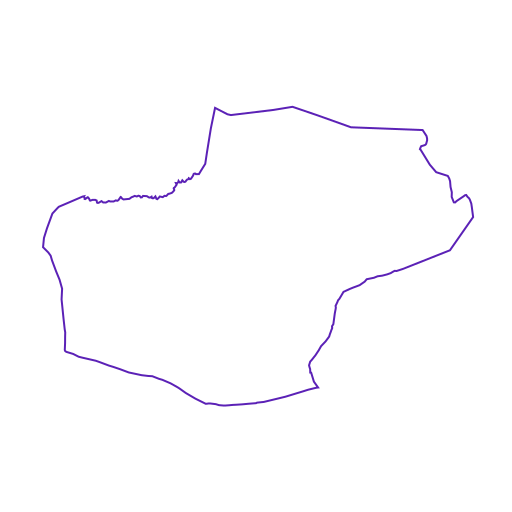 San Pablo Tijaltepec, Oaxaca, Mexico (Mercator projection), rotated 275°
{"feature_id": "50627088B89974538637092", "entity_name": "San Pablo Tijaltepec", "entity_type": "district", "adm_level": 2, "iso_a3": "MEX", "parent_name": "Mexico", "parent_adm1": "Oaxaca", "projection": "mercator", "projection_center": [-97.471, 17.005], "detail": "fine", "context": "isolated", "style": "outline", "palette": "violet", "viewbox_px": 512, "rotation_deg": 275, "n_neighbors": 0, "source": "geoboundaries", "source_scale": "gbopen_adm2", "svg_char_len": 3488}
<svg xmlns="http://www.w3.org/2000/svg" viewBox="0 0 512 512"><g transform="rotate(275 256 256)"><path d="M104.4,218.8L104.6,220.1L105.0,221.7L105.1,223.3L104.9,228.9L104.7,229.8L104.2,232.1L104.2,236.7L104.3,238.1L105.0,242.4L105.6,245.6L106.1,249.2L107.0,255.1L108.2,261.7L109.4,268.9L110.0,269.8L111.3,276.5L115.7,289.6L118.4,297.6L123.0,309.0L125.2,314.5L127.0,318.8L127.5,320.1L128.9,324.2L130.1,327.8L130.4,329.3L135.9,324.6L137.7,323.9L144.6,321.1L144.6,320.2L148.0,319.8L150.2,318.9L151.7,318.4L152.3,318.5L153.2,318.7L155.5,319.2L157.2,320.5L158.7,321.5L160.7,322.8L162.0,323.7L167.5,326.7L171.9,328.7L176.9,332.7L182.1,335.9L184.5,336.4L187.0,337.1L189.4,337.7L190.3,338.1L191.1,338.2L191.9,337.9L192.8,337.9L194.6,338.9L195.0,339.0L205.7,339.5L209.6,339.9L210.8,340.0L211.8,340.0L213.2,339.6L217.2,341.1L219.0,341.6L220.6,342.8L227.9,346.3L231.3,352.2L233.0,355.5L234.5,358.7L236.0,361.8L238.1,364.3L239.9,366.5L242.5,368.3L244.6,375.4L246.4,378.9L247.4,383.4L249.1,388.2L250.7,391.7L252.1,393.6L253.3,395.4L253.3,397.3L255.8,403.2L278.6,448.7L313.7,468.9L323.7,466.7L327.0,465.9L330.8,464.1L332.1,463.2L333.3,461.6L335.1,460.1L334.8,459.0L333.4,457.4L328.2,451.0L326.7,449.7L326.7,448.4L329.9,446.8L331.9,445.8L336.6,445.5L337.5,445.2L341.7,443.8L347.5,442.8L350.1,441.7L352.5,440.1L355.2,428.2L362.1,421.2L376.1,410.8L376.7,410.0L378.5,410.5L379.8,411.0L380.4,412.6L380.6,413.1L381.1,414.3L381.6,415.1L382.3,415.6L382.8,415.8L384.6,416.1L386.2,416.4L387.9,416.2L388.9,415.9L390.4,415.4L396.0,411.0L392.5,339.4L401.5,305.0L407.8,279.4L403.0,260.5L394.4,219.6L394.2,218.8L394.7,215.2L400.0,202.3L379.2,199.9L354.7,198.1L343.3,197.4L342.4,196.9L336.3,193.8L332.6,192.0L332.6,191.5L332.5,190.8L332.4,190.1L332.3,189.0L332.8,188.5L332.7,187.3L332.2,186.7L331.3,186.5L330.4,186.2L327.3,184.5L326.8,183.5L327.4,182.7L327.6,182.3L326.8,182.2L326.2,180.8L325.4,180.1L324.0,179.3L323.5,178.5L323.7,177.2L324.3,176.8L325.0,176.0L322.7,174.9L322.6,173.5L324.0,172.3L322.9,172.1L321.7,171.2L321.7,169.8L320.1,170.7L317.2,169.0L316.6,168.2L316.2,168.1L315.2,168.6L314.7,168.8L314.3,168.8L313.0,167.9L311.5,166.6L310.7,164.7L310.3,163.8L310.3,163.3L309.9,162.9L308.4,161.8L307.9,161.2L308.0,159.6L306.5,158.0L306.9,155.0L305.6,154.1L304.0,152.7L304.3,151.8L306.6,150.6L305.0,149.3L304.6,148.7L304.5,147.9L304.7,147.3L306.0,146.8L305.0,145.5L304.9,144.5L305.3,143.6L306.1,142.1L306.0,138.2L304.5,137.2L304.3,136.1L304.6,135.9L305.6,134.9L305.8,133.6L305.5,133.1L304.9,132.1L305.3,129.9L304.5,128.6L303.7,126.9L301.9,124.9L300.8,119.1L301.3,118.0L301.8,117.3L302.8,116.5L303.0,116.0L299.7,114.1L299.2,113.5L298.9,112.9L299.2,111.5L297.9,109.4L297.6,106.1L298.0,104.6L296.2,101.8L296.0,99.1L297.2,97.3L295.3,94.6L295.1,93.8L295.3,93.0L296.6,92.6L297.4,92.4L297.9,91.0L297.7,88.3L296.7,86.1L296.8,85.7L298.6,84.7L299.3,84.0L299.9,83.3L299.7,82.9L299.0,82.3L297.8,80.8L297.9,80.3L299.3,80.1L299.8,79.5L300.1,78.9L300.4,79.1L300.1,78.1L292.3,63.6L289.1,57.6L287.8,55.2L286.1,53.8L280.6,49.5L279.9,49.3L265.5,45.4L255.5,43.2L246.2,43.1L241.4,48.8L238.4,51.4L233.8,53.2L223.3,58.2L215.2,62.4L206.5,65.7L195.8,66.1L176.9,69.7L166.4,71.8L163.3,72.6L158.7,72.9L152.6,73.4L145.8,73.7L144.9,74.0L144.0,75.3L142.5,82.4L140.2,88.1L139.6,91.8L137.7,105.5L136.7,109.4L134.0,119.1L133.1,123.4L131.4,130.4L128.9,139.4L127.3,152.4L127.1,159.0L127.2,163.2L125.2,170.0L124.5,173.5L121.7,182.0L118.3,189.5L117.3,191.4L113.4,198.0L108.6,208.1L104.4,218.8Z" fill="none" stroke="#5b21b6" stroke-width="2"/></g></svg>